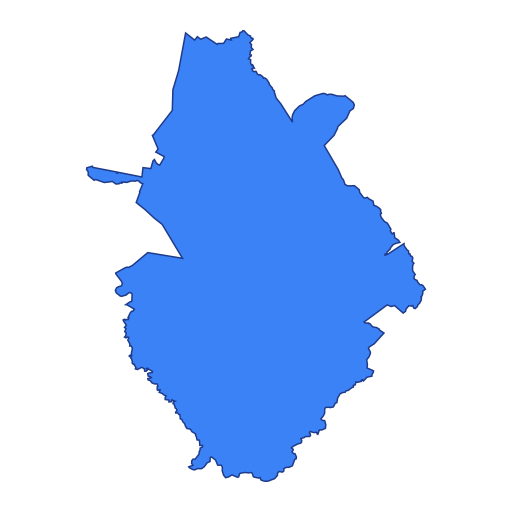 the district of San Pedro Lagunillas, Nayarit, Mexico
{"feature_id": "50627088B36429080609607", "entity_name": "San Pedro Lagunillas", "entity_type": "district", "adm_level": 2, "iso_a3": "MEX", "parent_name": "Mexico", "parent_adm1": "Nayarit", "projection": "orthographic", "projection_center": [-104.74, 21.167], "detail": "fine", "context": "isolated", "style": "filled", "palette": "blue", "viewbox_px": 512, "rotation_deg": 0, "n_neighbors": 0, "source": "geoboundaries", "source_scale": "gbopen_adm2", "svg_char_len": 6054}
<svg xmlns="http://www.w3.org/2000/svg" viewBox="0 0 512 512"><path d="M277.4,473.5L278.9,471.5L282.5,472.1L283.8,471.0L283.9,468.6L286.0,467.4L289.0,467.3L292.4,465.8L294.8,459.3L296.2,458.8L296.4,456.9L294.9,453.6L293.5,453.6L292.0,451.8L293.2,450.1L293.0,449.1L291.4,447.9L293.2,446.3L297.9,443.9L300.8,443.1L301.6,442.0L301.7,440.5L300.9,438.6L304.2,437.5L305.7,436.5L309.5,436.5L310.5,435.6L310.0,433.4L309.4,432.9L310.1,431.5L313.9,432.6L316.4,432.3L317.0,432.6L317.0,433.8L317.8,434.3L319.4,430.0L321.7,430.0L325.4,428.3L325.8,424.7L324.7,420.6L322.3,420.4L320.9,418.9L323.4,415.8L324.6,413.3L324.8,408.4L325.5,407.6L328.3,407.2L330.2,407.6L333.4,406.9L335.3,403.1L336.8,402.7L337.7,397.8L340.0,394.0L342.2,392.7L345.2,392.2L346.1,390.8L348.2,390.4L351.9,387.6L353.4,387.1L353.3,385.4L355.3,384.8L355.9,382.0L357.6,382.3L361.2,381.4L361.3,380.7L361.9,380.6L361.8,379.9L362.5,379.7L363.5,380.9L367.2,377.1L371.9,376.2L372.0,374.5L373.3,372.4L373.5,370.8L367.1,368.0L367.4,364.5L366.7,359.7L369.0,356.9L370.4,353.4L370.4,352.1L368.5,348.4L369.2,347.0L374.2,343.8L384.0,333.0L379.6,330.2L379.4,329.2L376.7,327.6L372.7,326.9L370.0,323.8L368.7,323.1L368.4,323.5L367.8,323.0L365.5,323.1L364.1,322.0L387.2,304.9L391.1,306.5L394.6,305.6L403.2,313.1L405.6,311.2L406.0,309.1L408.9,305.7L411.6,306.1L412.7,305.5L413.8,308.1L415.2,308.6L417.3,306.6L418.1,304.5L419.7,303.2L420.5,301.1L421.0,300.9L421.5,297.9L420.9,297.0L422.0,295.9L422.8,293.5L422.7,291.3L425.4,289.2L423.2,285.9L421.8,284.8L419.9,284.7L417.7,282.1L417.0,280.4L414.8,279.4L414.1,278.5L414.1,276.1L415.2,274.5L412.7,270.9L412.5,267.6L413.1,264.1L413.9,263.3L412.2,261.4L412.8,257.9L411.9,256.3L410.5,256.0L410.0,253.9L408.8,253.8L408.5,251.0L406.9,249.7L404.8,246.7L404.1,245.5L404.0,243.6L387.6,254.3L385.0,255.1L385.2,254.0L386.8,253.6L387.1,252.0L390.2,249.1L390.7,247.5L393.3,244.5L396.0,243.3L399.9,242.4L398.4,240.1L394.7,237.7L394.2,233.0L393.6,232.7L392.2,233.9L391.5,233.1L390.3,230.6L390.9,229.2L387.7,223.7L387.1,222.9L384.6,221.7L381.1,217.3L380.3,214.2L381.4,213.4L380.5,211.1L380.8,209.9L379.8,208.6L376.6,206.3L373.9,205.4L373.0,201.1L369.0,198.9L367.2,197.3L365.2,198.1L363.6,197.7L359.8,192.6L359.2,189.7L354.5,185.7L347.7,185.9L345.0,184.4L343.5,180.0L341.6,177.5L338.4,169.9L324.2,145.5L334.0,135.4L337.4,128.6L337.9,126.5L346.7,118.2L349.9,110.9L353.4,108.5L354.3,104.9L353.2,102.4L345.1,95.7L343.7,96.2L336.9,95.9L331.5,94.2L328.4,94.4L327.5,94.9L324.8,93.6L323.1,93.4L315.0,95.7L305.7,101.5L303.3,104.2L299.4,106.0L294.7,110.6L292.6,114.8L292.1,117.7L292.5,122.2L280.8,103.8L276.2,98.1L274.3,92.0L274.4,91.0L272.5,89.3L272.5,88.2L269.4,84.6L269.2,83.3L266.6,79.2L264.7,77.9L263.5,78.3L262.7,76.6L259.9,74.6L259.0,75.0L257.4,74.2L256.2,71.5L255.0,71.3L254.2,71.8L252.6,70.9L252.6,69.6L251.8,68.7L253.2,68.0L254.3,68.2L252.6,64.8L251.8,65.5L250.6,63.3L250.6,59.6L248.5,58.8L249.3,57.4L251.2,55.9L251.3,55.0L250.2,55.0L249.8,54.5L250.6,50.8L253.0,49.5L251.2,47.4L251.5,44.5L249.8,42.7L253.1,39.3L252.8,38.3L251.5,38.1L250.8,37.4L250.5,36.0L247.9,34.9L244.2,30.9L242.9,30.7L241.7,32.1L240.1,32.4L238.7,36.7L230.7,38.3L231.3,40.0L226.4,39.0L223.6,43.4L217.8,43.5L217.2,44.4L206.2,37.0L200.7,39.2L197.3,36.7L194.7,40.1L185.6,33.0L178.6,70.7L172.9,89.7L172.3,110.4L153.5,134.7L152.4,135.4L158.1,149.0L155.8,152.1L164.2,156.6L163.8,158.2L159.7,165.2L157.5,164.1L156.1,162.7L154.4,159.5L153.0,160.9L150.8,168.6L143.0,167.6L141.9,177.0L117.7,172.2L117.4,173.2L116.7,172.9L117.2,172.1L92.9,167.4L92.3,166.2L86.8,167.8L86.6,169.7L88.2,171.7L88.2,175.3L94.1,180.3L95.7,179.5L104.3,182.5L112.4,181.5L115.9,184.0L119.0,183.8L120.2,183.0L121.9,183.1L121.8,182.1L127.1,182.4L131.0,181.0L135.8,181.1L136.9,180.4L138.9,181.1L140.5,182.8L142.8,183.7L139.5,191.8L139.9,192.3L136.2,202.5L145.4,209.9L154.2,218.1L162.2,224.4L182.5,258.3L147.8,252.6L132.2,265.6L128.2,267.5L126.9,267.1L124.5,268.1L115.7,273.0L115.8,273.8L121.6,281.5L122.3,283.6L121.4,285.9L118.5,286.7L116.5,287.9L115.4,290.5L116.2,292.8L120.2,296.0L121.7,296.3L126.2,295.0L128.6,292.9L129.8,292.5L131.8,293.4L132.1,294.3L131.8,301.2L129.6,302.1L125.8,304.7L127.2,304.9L134.4,309.2L132.7,311.3L131.6,311.3L130.2,312.9L128.0,317.7L128.8,318.2L128.1,319.6L126.4,319.5L125.5,320.1L124.8,319.3L123.3,319.7L123.2,320.4L126.3,325.3L124.5,327.4L126.0,328.5L124.7,331.7L125.9,332.3L126.2,333.1L125.6,336.0L124.5,337.1L126.0,337.9L127.6,336.9L128.8,337.6L127.8,340.1L129.9,344.0L129.7,346.0L131.3,346.0L132.4,348.3L131.4,353.2L131.7,355.6L130.5,355.1L129.4,355.5L129.3,356.4L131.0,357.0L130.9,358.3L131.5,358.6L132.4,361.7L132.1,362.8L133.3,364.4L134.2,364.2L135.9,367.8L135.4,368.9L137.4,369.5L141.8,367.3L144.3,368.8L144.7,371.2L145.8,371.4L147.6,369.9L146.5,368.5L147.9,368.2L148.1,368.8L152.5,371.5L152.3,372.5L148.5,373.1L147.7,373.7L148.2,376.1L150.6,376.9L151.3,377.7L147.8,378.6L148.0,379.8L150.4,380.8L152.0,382.9L154.8,384.0L157.0,383.8L158.0,386.1L157.2,386.8L157.2,389.9L157.9,390.3L159.9,389.5L160.2,389.8L159.2,392.3L162.7,393.7L163.3,394.6L166.2,396.0L165.1,397.6L165.2,399.5L169.1,400.1L168.9,401.9L171.2,401.8L172.1,399.7L173.1,400.6L175.1,401.2L173.4,402.0L173.0,403.6L174.1,404.2L175.3,408.1L176.6,409.0L176.9,410.6L175.6,412.2L175.7,413.0L177.7,413.0L178.9,414.5L179.9,414.7L180.3,418.9L181.7,419.3L183.1,422.1L184.7,423.7L185.5,426.3L187.0,428.5L190.4,429.2L192.0,431.7L195.6,433.9L195.6,435.3L196.6,437.4L197.0,439.9L199.4,440.2L199.8,445.4L202.5,445.5L202.5,447.0L200.1,448.1L200.1,449.9L199.2,451.7L199.0,454.2L195.2,459.1L192.9,459.2L191.8,460.7L191.6,463.3L192.9,465.4L188.7,466.8L189.3,467.7L192.6,469.5L194.6,469.9L197.5,468.6L201.5,468.7L204.1,466.9L207.2,462.8L210.1,461.4L210.1,457.8L210.5,457.3L211.6,457.0L215.6,460.1L217.7,465.2L221.3,465.2L222.4,467.3L222.2,470.6L223.6,475.1L225.6,477.7L228.9,476.8L231.9,474.9L237.6,477.3L238.7,476.8L239.6,473.8L240.6,473.1L245.2,472.5L248.8,472.9L250.7,472.5L252.2,473.2L253.3,476.6L254.1,477.1L258.9,478.1L260.1,477.5L260.8,479.8L262.4,480.6L265.3,481.3L268.1,481.1L274.7,478.6L277.5,475.3L277.4,473.5Z" fill="#3b82f6" stroke="#1e3a8a" stroke-width="1.5"/></svg>